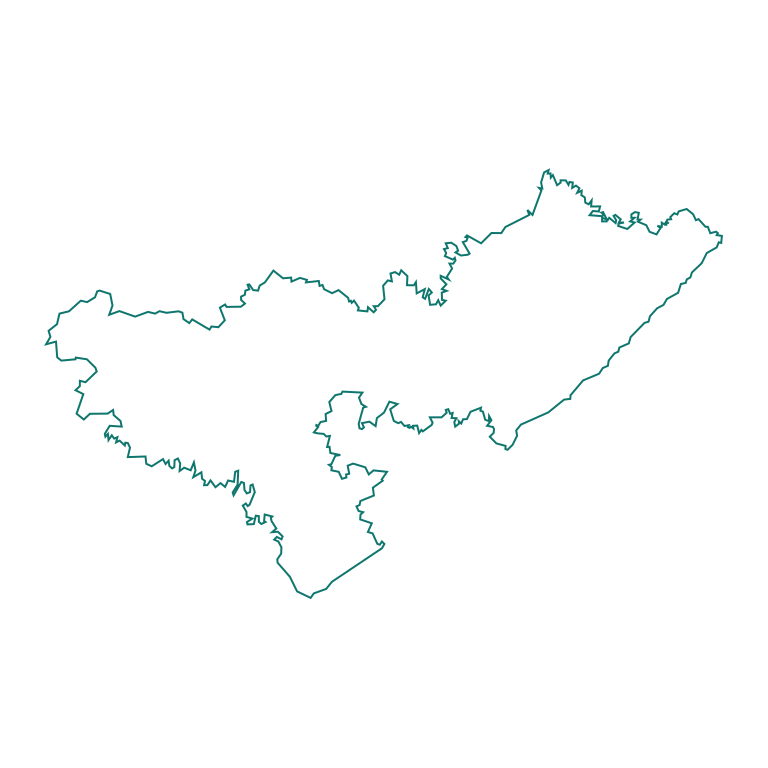 Amathole, Eastern Cape, South Africa
{"feature_id": "47623444B36505680523289", "entity_name": "Amathole", "entity_type": "district", "adm_level": 2, "iso_a3": "ZAF", "parent_name": "South Africa", "parent_adm1": "Eastern Cape", "projection": "mercator", "projection_center": [27.79, -32.642], "detail": "fine", "context": "isolated", "style": "outline", "palette": "teal", "viewbox_px": 768, "rotation_deg": 0, "n_neighbors": 0, "source": "geoboundaries", "source_scale": "gbopen_adm2", "svg_char_len": 6100}
<svg xmlns="http://www.w3.org/2000/svg" viewBox="0 0 768 768"><path d="M565.8,180.4L560.6,180.3L560.6,182.6L557.1,185.2L552.9,175.1L550.8,177.6L550.5,173.4L547.7,173.6L548.6,170.1L544.1,172.4L541.1,182.5L542.3,188.5L539.0,187.9L541.4,190.5L532.5,214.9L527.4,210.0L529.3,214.9L505.4,227.0L501.3,233.1L491.5,233.0L481.1,243.3L467.0,235.4L465.5,237.0L467.7,237.5L466.4,240.9L462.8,242.1L469.6,253.6L467.9,254.7L460.9,255.5L455.5,252.4L458.1,250.7L456.4,246.1L451.3,242.7L445.7,243.3L447.8,248.1L444.0,249.1L446.2,253.1L444.9,256.1L452.9,259.6L454.8,257.8L455.5,260.4L453.3,263.6L449.5,263.6L452.1,268.5L446.8,276.9L448.7,279.5L440.7,275.8L440.7,278.4L446.4,284.3L441.9,289.1L446.6,290.9L441.8,292.6L442.0,299.8L445.7,300.7L440.7,305.6L438.2,300.2L436.0,304.3L430.1,304.8L428.6,295.5L431.8,292.5L428.8,289.0L425.1,298.8L422.7,297.3L424.8,289.1L416.7,293.4L415.9,282.1L413.8,285.3L407.0,285.2L407.4,276.1L401.2,270.3L399.2,274.7L395.1,272.1L390.5,273.5L391.9,281.4L387.8,280.4L383.1,285.8L384.5,299.3L377.9,306.2L373.8,306.2L376.0,309.8L373.7,312.3L368.0,307.2L367.4,311.4L357.9,310.4L358.8,307.7L354.0,300.6L351.7,302.8L350.9,300.8L349.1,301.5L348.1,297.8L338.5,290.1L332.1,293.2L324.1,289.2L322.5,285.0L319.6,285.9L318.8,281.0L306.0,282.4L306.9,279.9L300.0,277.9L291.5,281.6L291.1,277.6L283.0,278.3L273.4,270.6L264.9,282.4L259.7,285.6L258.1,290.6L253.2,290.1L249.3,284.4L247.6,284.7L249.3,289.3L245.4,290.6L244.8,294.8L241.1,296.6L241.1,299.9L245.0,303.6L240.9,306.7L226.5,306.9L225.1,304.5L219.9,307.6L224.8,320.3L218.4,327.2L211.5,326.5L209.5,329.6L192.2,319.4L189.3,323.1L183.5,319.1L182.4,312.7L178.6,311.3L166.5,312.8L159.5,311.2L155.1,313.6L148.1,311.9L135.1,316.6L119.4,311.1L109.2,314.8L112.5,305.5L110.2,294.0L99.6,290.6L97.2,291.4L95.0,297.3L87.1,302.1L80.8,300.7L69.0,311.3L59.5,313.6L57.0,324.2L48.6,330.8L50.4,336.9L46.1,344.3L56.0,341.6L57.2,357.3L61.3,360.6L75.5,359.3L75.8,357.6L86.9,359.3L95.4,367.7L96.7,371.5L85.5,382.2L79.9,380.8L79.8,386.2L75.5,390.2L83.3,394.1L76.6,413.7L83.8,419.5L89.9,413.8L107.7,413.6L113.1,410.0L113.7,415.1L120.5,421.0L121.7,426.6L109.7,425.8L104.8,433.9L105.4,436.7L107.9,433.9L108.5,440.1L111.8,435.3L114.2,438.6L117.4,437.2L116.1,442.4L119.6,440.6L124.8,445.5L125.3,442.7L127.8,443.0L130.0,447.6L127.8,457.1L145.5,456.5L146.3,463.8L151.7,466.3L163.0,459.1L165.6,464.0L168.6,460.7L169.4,466.0L172.1,468.4L174.3,467.1L174.6,460.2L177.9,458.5L180.2,463.4L179.6,471.0L184.2,467.7L190.7,470.3L193.9,462.4L195.5,470.5L193.3,477.2L201.4,472.3L202.1,478.7L205.0,481.0L204.1,485.2L207.4,485.1L210.5,480.4L215.5,487.2L220.5,483.1L225.1,486.9L228.1,480.5L234.0,481.8L235.2,471.8L238.2,470.7L237.6,484.7L232.7,492.5L233.6,495.3L241.3,482.0L243.9,482.9L244.5,490.0L246.8,493.4L250.0,492.2L250.5,485.4L252.6,484.5L254.8,492.1L249.6,504.7L247.7,506.1L245.8,503.5L242.8,505.6L246.5,512.0L246.5,516.9L252.4,518.6L247.0,522.0L247.5,524.4L253.8,524.1L255.8,515.7L258.8,516.1L258.9,521.9L261.4,524.0L265.5,522.0L264.1,521.1L264.7,514.5L272.3,516.5L270.8,517.9L271.6,521.2L276.3,528.5L272.1,532.2L277.9,531.7L282.6,536.4L281.5,539.3L276.8,536.9L274.2,539.6L278.4,541.5L281.4,547.3L281.2,553.6L277.3,559.3L277.6,562.7L289.9,576.8L297.1,591.4L310.6,597.9L313.8,593.4L326.2,588.9L331.9,581.8L382.0,548.2L384.4,544.0L381.9,541.5L379.8,544.7L377.3,543.8L372.6,533.4L367.9,532.0L371.8,523.3L360.2,519.4L360.5,514.6L363.1,512.2L358.6,511.0L356.5,506.4L359.6,505.0L360.4,501.0L373.9,495.5L372.9,487.7L382.7,480.7L381.7,479.5L387.0,471.8L373.5,470.4L368.8,474.4L365.3,467.3L353.1,463.6L347.7,465.7L349.2,473.7L346.1,474.5L346.4,477.5L342.0,478.8L338.7,471.8L331.4,470.3L331.8,467.0L329.0,464.8L331.4,464.2L335.3,455.8L340.3,455.0L330.4,453.0L329.5,446.8L327.1,447.0L329.9,435.9L326.3,436.5L323.7,433.9L318.1,433.4L316.0,433.0L313.9,432.4L318.1,427.1L316.2,425.7L316.4,425.0L318.2,425.9L320.5,422.1L326.1,420.9L325.6,414.0L331.5,411.1L329.3,402.0L335.4,395.1L341.3,393.9L342.5,391.6L362.4,392.6L359.0,397.6L361.4,404.0L365.9,406.8L363.2,407.6L358.7,423.8L359.5,428.3L362.0,429.1L363.9,427.4L362.0,423.1L369.5,421.7L375.6,426.1L376.9,418.1L384.0,412.6L389.4,401.7L397.5,404.0L390.2,409.3L393.8,420.9L398.3,423.2L401.0,421.9L404.5,426.0L408.8,425.2L408.0,427.2L409.6,427.9L410.8,426.6L413.4,428.5L413.0,425.8L417.2,425.6L419.1,433.1L421.4,429.9L422.8,431.4L431.7,424.9L432.6,422.7L429.9,417.3L441.6,417.3L446.7,412.7L445.8,409.9L448.3,409.2L450.2,413.8L452.6,413.0L451.6,418.0L456.3,418.2L454.3,422.1L455.2,426.6L459.3,423.5L458.8,421.2L461.3,423.5L463.0,419.3L466.9,419.1L470.5,411.8L481.0,407.7L480.4,410.7L482.9,411.6L485.2,419.7L488.9,421.2L489.1,416.0L491.4,420.2L487.1,425.8L493.0,427.0L494.0,429.2L493.7,432.8L489.8,436.7L496.4,443.4L505.6,445.9L505.4,449.0L507.5,449.8L512.6,444.8L517.1,435.7L516.2,430.5L520.9,424.6L548.3,412.4L564.1,399.6L570.3,398.9L570.5,395.3L583.1,380.4L599.1,373.7L602.8,368.0L607.9,365.8L608.7,360.6L614.4,353.4L618.3,351.7L619.4,347.5L628.8,343.4L630.6,337.1L644.5,322.9L648.5,321.7L650.0,316.2L657.1,308.3L663.5,304.9L666.9,299.0L678.1,292.8L680.9,284.0L685.7,282.9L686.8,279.4L690.4,277.4L691.9,272.5L701.7,263.2L706.8,253.0L716.7,247.4L718.8,242.3L721.2,242.9L721.9,235.9L716.7,235.1L717.9,233.2L716.1,231.7L710.3,233.2L707.8,226.8L705.5,226.8L698.5,219.1L695.9,220.2L693.1,214.2L686.6,209.0L678.7,211.4L677.3,214.5L674.3,213.2L670.3,217.1L671.1,219.2L667.4,219.6L666.2,221.8L668.9,223.3L666.6,222.3L666.2,225.6L665.4,223.0L664.5,224.4L661.8,222.7L661.8,226.7L657.4,225.9L660.6,227.9L656.5,234.4L649.6,231.8L646.3,225.2L638.0,221.7L640.5,219.6L637.5,219.5L638.8,212.8L634.9,212.1L631.4,214.4L631.3,217.7L634.5,217.8L630.2,221.4L634.6,222.5L627.3,229.0L618.1,225.9L618.7,223.6L624.0,222.5L618.9,222.5L620.7,219.3L615.4,214.9L613.6,215.9L616.2,220.3L615.6,223.1L609.2,217.8L606.6,221.4L602.1,221.4L602.1,217.8L606.8,219.5L603.1,212.1L601.4,212.6L603.5,214.6L602.5,216.2L589.6,215.2L592.9,211.0L598.8,211.5L600.1,206.4L591.1,206.5L591.6,200.4L588.7,204.3L585.3,202.6L584.8,197.4L581.4,195.2L581.7,190.7L577.2,192.8L579.4,188.3L576.0,185.6L572.2,187.9L572.8,182.5L569.5,182.0L568.5,184.9L565.8,180.4Z" fill="none" stroke="#0f766e" stroke-width="2"/></svg>